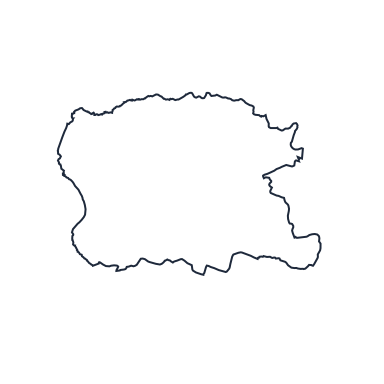 Ganzourgou, Ganzourgou, Burkina Faso, rotated 111°
{"feature_id": "67063806B50041184778807", "entity_name": "Ganzourgou", "entity_type": "district", "adm_level": 2, "iso_a3": "BFA", "parent_name": "Burkina Faso", "parent_adm1": "Ganzourgou", "projection": "robinson", "projection_center": [-0.77, 12.29], "detail": "fine", "context": "isolated", "style": "outline", "palette": "slate", "viewbox_px": 384, "rotation_deg": 111, "n_neighbors": 0, "source": "geoboundaries", "source_scale": "gbopen_adm2", "svg_char_len": 6028}
<svg xmlns="http://www.w3.org/2000/svg" viewBox="0 0 384 384"><g transform="rotate(111 192 192)"><path d="M231.0,106.7L229.8,106.8L229.1,105.7L228.3,105.8L227.4,104.2L227.1,102.6L226.2,102.3L225.8,98.8L224.5,95.9L224.8,94.1L224.8,93.4L223.7,91.8L223.5,90.8L224.1,89.9L222.8,87.4L222.7,86.5L224.1,85.0L223.8,80.0L224.2,78.7L226.0,76.0L227.0,72.1L226.3,69.1L225.5,67.3L225.5,65.8L224.9,63.1L223.9,60.8L223.9,60.1L222.9,58.7L219.7,57.1L218.1,56.6L217.4,54.3L217.6,53.6L217.5,52.6L215.5,52.1L208.6,51.1L207.5,51.2L205.2,52.2L200.6,51.5L198.4,51.9L194.1,53.5L192.6,55.7L189.8,56.4L188.5,57.1L187.6,57.9L186.8,59.8L187.2,62.3L188.4,64.7L190.1,67.0L192.0,68.3L192.8,69.2L197.1,77.4L197.3,78.4L196.8,79.2L197.8,80.0L194.2,83.2L192.2,84.7L190.6,84.9L188.7,84.8L187.4,85.3L186.0,87.0L186.0,88.0L186.4,89.5L185.6,90.5L182.8,92.6L179.8,94.0L175.1,94.8L172.9,95.4L170.5,96.9L169.7,97.6L169.2,98.4L168.2,101.0L166.8,102.4L164.5,104.0L164.8,106.3L164.6,109.8L165.0,111.8L164.7,118.1L163.9,119.0L162.9,119.3L159.2,119.0L158.7,121.1L158.1,122.1L157.4,122.6L156.2,122.6L154.2,121.7L153.3,122.0L152.4,123.8L151.1,125.0L151.8,128.2L152.3,128.9L153.4,129.8L152.1,131.1L151.2,131.5L149.9,130.5L148.1,128.2L146.1,126.2L142.6,122.8L140.3,121.3L137.9,118.6L136.4,117.3L133.0,113.7L132.4,108.2L132.1,107.4L130.6,106.0L126.6,106.9L125.6,106.5L125.2,106.2L125.0,103.2L124.3,103.9L122.8,103.7L122.4,104.9L121.4,105.8L121.4,101.3L111.8,104.0L111.8,105.4L114.3,108.3L115.3,110.7L115.4,112.0L115.1,113.4L114.5,114.8L113.4,116.2L112.2,116.9L110.7,117.3L109.2,116.8L102.5,117.4L99.1,117.4L98.3,117.7L95.7,116.8L93.9,116.7L93.0,117.2L92.0,117.3L90.9,118.4L90.4,119.5L91.7,121.7L93.0,122.4L94.4,122.5L94.6,122.8L96.9,123.5L98.4,125.0L99.3,127.5L102.0,129.4L102.5,130.4L102.2,134.3L101.3,135.3L102.1,136.2L104.1,141.5L103.9,143.3L103.1,144.0L100.5,144.9L97.0,148.7L93.8,150.8L95.7,152.4L96.1,154.3L96.8,154.4L96.8,155.2L96.2,156.9L97.2,160.5L97.2,162.0L96.7,163.1L95.0,163.3L93.7,164.1L91.1,164.5L90.2,165.3L89.9,167.3L90.2,169.2L89.6,173.4L89.2,174.6L88.5,175.7L87.6,178.9L87.9,180.2L89.8,181.8L90.1,182.9L90.7,184.1L91.4,184.9L91.7,185.8L91.9,187.3L91.3,189.0L91.4,191.0L91.8,191.7L91.7,192.1L91.6,194.2L91.8,195.2L92.4,195.9L92.9,197.6L92.3,203.7L93.6,204.9L95.4,208.3L94.9,209.3L93.6,211.0L93.6,212.2L94.1,213.6L94.5,213.9L96.6,213.7L99.8,214.3L100.2,214.7L100.8,216.2L100.7,217.1L100.1,218.6L100.2,219.9L102.4,221.9L102.5,223.0L102.2,224.3L99.8,227.2L99.6,227.9L99.9,228.9L100.5,229.9L103.1,232.1L103.1,232.6L104.6,233.1L106.5,234.4L110.5,237.7L110.6,238.3L112.2,240.6L111.9,243.4L112.6,244.3L112.7,245.6L113.3,246.0L114.1,246.0L114.1,247.8L115.1,249.5L114.8,251.4L115.1,251.8L113.8,254.7L113.9,255.7L113.3,258.7L113.8,260.5L117.0,263.4L117.0,264.3L117.2,265.2L118.0,266.2L118.0,267.2L119.8,268.5L121.4,269.3L121.4,269.7L122.8,270.6L123.4,272.3L124.5,273.7L124.2,274.8L124.5,275.4L125.1,275.5L125.2,276.7L126.7,277.9L127.2,278.6L127.2,281.0L127.8,281.2L128.2,281.0L128.4,281.9L128.2,282.9L129.4,284.3L129.8,285.1L131.4,285.8L132.3,287.3L132.5,286.9L134.1,288.0L136.6,289.1L137.4,290.1L137.9,290.1L138.6,291.1L139.2,292.9L140.3,293.7L141.1,293.7L142.0,294.7L143.1,294.9L143.7,295.5L145.4,295.1L145.9,295.3L146.7,295.0L146.9,296.7L148.0,298.1L147.9,299.5L148.4,299.9L148.4,300.7L148.0,301.3L148.7,302.4L149.8,301.9L151.1,303.6L151.3,303.4L152.0,303.7L151.9,304.8L153.0,305.9L153.8,307.1L153.4,308.0L153.6,308.9L154.0,309.4L154.7,309.8L155.1,310.8L153.7,311.5L153.2,312.3L154.3,313.2L154.8,313.2L155.4,314.0L155.0,314.8L154.9,316.1L154.4,316.8L154.7,317.6L154.2,318.3L154.6,318.8L154.6,319.4L154.3,322.6L153.1,324.6L153.3,325.4L154.1,326.6L155.5,327.5L157.8,330.1L159.4,330.8L160.0,330.3L160.5,330.2L160.6,330.7L161.5,331.1L161.6,331.6L162.2,331.6L162.2,332.0L164.6,331.3L164.9,330.9L165.5,330.8L166.1,329.8L165.9,329.3L166.5,329.5L167.3,329.0L168.3,329.0L168.9,329.1L170.7,330.6L172.7,331.3L173.0,331.9L172.8,332.3L172.9,332.9L174.7,332.5L177.5,332.4L181.3,332.7L187.6,332.7L199.5,332.4L200.6,332.1L201.2,332.2L201.9,331.9L202.0,331.7L204.3,330.7L204.6,329.0L205.7,327.2L208.0,327.4L209.2,328.3L210.7,328.4L212.1,326.7L212.8,326.6L213.3,326.2L213.5,325.8L213.4,324.8L214.1,324.4L214.2,324.0L217.1,322.3L218.0,319.2L218.7,319.2L220.3,318.5L220.9,319.2L221.4,319.0L221.2,318.4L221.5,317.6L222.1,318.3L222.4,318.3L222.3,317.1L222.8,316.9L222.7,316.0L223.1,314.8L223.4,314.4L223.3,312.7L224.1,311.4L224.0,310.7L224.2,309.5L225.2,307.3L226.2,305.8L228.3,303.3L230.5,298.9L233.7,295.3L235.1,293.5L236.6,292.2L238.1,291.3L239.4,289.7L242.5,287.4L246.2,285.2L251.5,283.7L254.2,284.0L257.5,285.0L260.7,286.3L262.6,287.4L269.3,289.8L272.7,289.6L274.0,287.7L274.8,287.5L275.7,287.9L276.3,287.8L278.5,287.1L279.3,286.5L279.7,286.6L280.4,285.6L281.6,284.7L283.6,284.2L284.1,283.0L283.9,282.1L284.3,282.1L285.4,280.3L285.8,280.1L287.2,278.4L287.6,278.5L288.5,277.0L288.8,277.1L289.0,275.8L290.2,274.4L290.1,272.5L291.4,271.7L291.9,269.8L292.6,268.7L292.5,267.9L292.7,267.7L293.1,265.8L293.7,265.5L294.0,264.5L295.1,262.7L295.5,260.7L295.9,259.9L295.9,258.5L296.4,258.1L292.2,253.4L291.2,253.7L290.8,253.5L290.7,252.6L291.6,249.0L292.0,245.8L291.0,242.5L289.8,241.1L288.4,238.5L287.6,235.7L288.0,234.2L288.5,234.1L292.1,234.5L292.8,234.3L291.1,231.2L290.5,231.0L288.8,227.8L287.8,226.5L286.7,226.1L285.3,226.1L284.3,224.3L282.6,222.4L282.3,220.0L281.3,218.7L279.8,217.5L272.7,215.9L271.9,214.4L271.7,213.3L271.6,211.8L272.6,208.1L272.6,206.6L272.0,200.0L271.2,196.0L269.9,194.5L269.2,194.1L267.8,193.3L265.9,192.8L265.8,192.4L264.2,191.2L263.8,190.7L264.1,189.9L263.8,188.2L264.3,186.8L264.7,184.6L263.7,184.1L262.6,182.9L261.4,181.3L258.8,178.5L258.2,177.3L258.8,174.4L260.1,170.8L260.4,166.0L264.2,163.9L265.0,163.0L265.7,159.5L265.5,154.0L265.2,151.7L264.4,151.9L263.2,151.5L257.1,152.0L255.4,151.8L255.1,150.0L255.3,147.6L255.1,143.9L255.3,139.0L254.6,131.8L253.8,131.0L250.2,129.8L248.9,129.8L245.4,130.4L238.0,131.3L236.1,131.1L235.5,130.9L232.1,126.9L230.9,125.0L230.6,123.8L230.5,114.2L230.9,110.8L231.0,106.7Z" fill="none" stroke="#1e293b" stroke-width="2"/></g></svg>